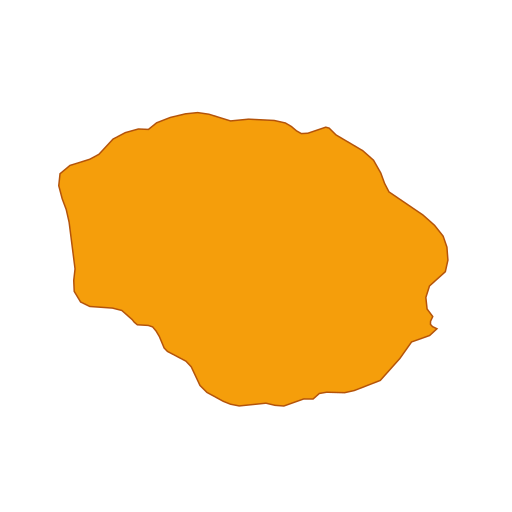 the Overseas department of La Réunion, rotated 161°
{"feature_id": "FRA-4601", "entity_name": "La Réunion", "entity_type": "Overseas department", "adm_level": 1, "iso_a3": "FRA", "parent_name": "France", "parent_adm1": "", "projection": "orthographic", "projection_center": [55.548, -21.116], "detail": "fine", "context": "isolated", "style": "filled", "palette": "amber", "viewbox_px": 512, "rotation_deg": 161, "n_neighbors": 0, "source": "natural_earth", "source_scale": "10m", "svg_char_len": 1170}
<svg xmlns="http://www.w3.org/2000/svg" viewBox="0 0 512 512"><g transform="rotate(161 256 256)"><path d="M400.6,248.2L408.7,253.5L429.6,262.4L436.8,269.6L439.4,281.7L436.3,292.2L431.3,302.7L421.7,348.8L420.3,361.7L420.6,373.3L419.6,386.7L414.5,397.6L402.4,402.2L381.7,401.6L371.4,403.3L353.1,413.1L339.4,415.2L325.9,414.4L316.5,410.7L306.6,414.3L291.9,414.9L276.5,413.4L264.5,410.6L254.4,405.4L236.1,392.0L218.5,387.8L194.6,378.2L184.9,372.2L180.3,366.8L177.0,361.2L173.3,357.0L167.0,355.2L148.1,355.1L145.2,353.1L140.9,344.4L120.7,320.7L113.7,308.3L111.0,293.8L110.8,282.8L109.4,273.3L84.8,240.4L77.2,226.9L72.6,213.8L72.6,202.2L75.9,189.6L82.1,179.5L101.7,171.2L108.9,161.5L111.5,150.2L108.6,141.2L112.2,137.5L113.3,134.6L112.1,131.8L108.6,128.3L117.7,124.3L136.9,124.1L153.3,112.3L179.0,97.9L206.9,96.8L216.7,97.9L233.5,104.2L240.9,105.4L248.6,102.2L257.5,105.3L278.5,105.1L286.6,108.6L294.5,113.6L320.7,119.7L328.4,124.2L334.2,129.2L346.8,143.0L351.1,151.8L353.3,172.3L356.5,179.4L370.8,194.6L372.8,198.9L373.6,211.3L374.9,217.6L376.8,222.6L380.4,225.4L390.6,229.6L392.7,233.1L393.7,236.0L400.6,248.2Z" fill="#f59e0b" stroke="#b45309" stroke-width="1.5"/></g></svg>